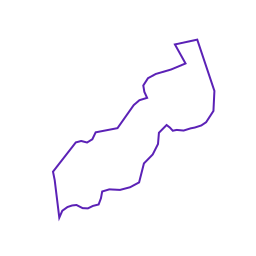 outline of Rukungiri, rotated 68°
{"feature_id": "UGA-3373", "entity_name": "Rukungiri", "entity_type": "District", "adm_level": 1, "iso_a3": "UGA", "parent_name": "Uganda", "parent_adm1": "", "projection": "mercator", "projection_center": [29.905, -0.722], "detail": "fine", "context": "isolated", "style": "outline", "palette": "violet", "viewbox_px": 256, "rotation_deg": 68, "n_neighbors": 0, "source": "natural_earth", "source_scale": "10m", "svg_char_len": 736}
<svg xmlns="http://www.w3.org/2000/svg" viewBox="0 0 256 256"><g transform="rotate(68 128 128)"><path d="M68.1,53.2L72.0,30.7L126.0,34.0L144.2,42.4L151.9,53.4L153.1,59.1L152.6,65.9L151.8,70.0L151.2,77.4L148.0,83.6L147.3,87.5L143.3,89.0L139.7,91.1L144.0,101.1L154.1,106.2L161.8,115.0L166.8,126.5L182.6,138.1L183.7,148.3L182.4,158.6L177.9,168.3L177.2,175.7L183.0,179.4L187.9,183.9L187.1,189.7L187.5,195.3L185.3,200.1L180.1,204.6L178.9,208.8L178.6,213.7L180.1,219.9L185.4,225.3L148.9,215.5L140.4,213.9L121.8,181.8L122.5,176.3L126.1,171.4L125.1,165.3L119.9,159.6L124.2,137.8L108.9,114.1L106.5,107.0L107.2,99.0L100.6,99.3L94.3,97.9L89.3,90.8L88.3,81.9L89.9,66.2L89.7,50.5L68.1,53.2Z" fill="none" stroke="#5b21b6" stroke-width="2"/></g></svg>